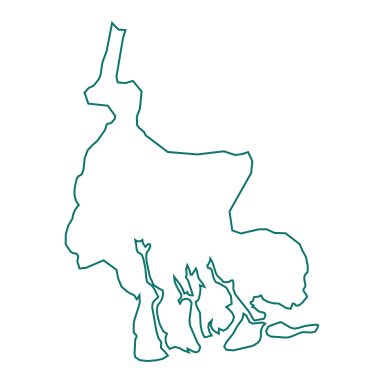 map outline of Rivers (Natural Earth projection)
{"feature_id": "NGA-2844", "entity_name": "Rivers", "entity_type": "State", "adm_level": 1, "iso_a3": "NGA", "parent_name": "Nigeria", "parent_adm1": "", "projection": "natural_earth1", "projection_center": [6.981, 5.031], "detail": "fine", "context": "isolated", "style": "outline", "palette": "teal", "viewbox_px": 384, "rotation_deg": 0, "n_neighbors": 0, "source": "natural_earth", "source_scale": "10m", "svg_char_len": 4545}
<svg xmlns="http://www.w3.org/2000/svg" viewBox="0 0 384 384"><path d="M307.6,272.2L306.4,273.2L304.8,275.3L304.2,277.7L304.6,281.3L305.3,284.0L305.3,286.5L303.5,289.4L303.5,290.9L306.4,294.9L307.1,297.0L306.4,297.6L302.9,302.1L300.9,303.9L298.5,305.5L296.1,305.7L294.1,303.6L292.6,303.6L290.8,308.7L286.3,308.1L278.9,303.6L273.7,303.3L268.2,302.0L263.5,299.5L260.9,295.3L259.6,296.2L258.2,296.7L254.3,297.0L253.7,297.7L253.4,299.4L252.7,301.2L250.7,302.1L250.7,303.6L252.1,304.6L253.6,305.4L252.3,307.0L255.0,308.1L258.6,311.4L264.3,312.8L265.4,314.5L265.1,316.6L263.8,318.8L254.4,320.5L253.3,319.2L248.6,311.2L235.3,294.4L233.4,289.4L233.4,282.7L232.8,280.4L231.5,280.4L228.5,282.1L223.9,282.1L223.2,281.8L221.4,279.6L217.6,276.0L216.0,273.5L212.5,262.4L210.3,258.6L210.0,261.0L208.9,263.4L207.8,265.0L207.3,265.3L207.9,267.8L209.0,268.2L210.4,268.4L211.7,270.1L213.8,278.6L215.8,282.1L219.6,283.6L226.2,287.5L230.9,295.8L231.7,303.8L226.2,307.0L228.9,309.2L232.1,312.7L234.0,317.0L232.7,321.3L226.9,328.8L223.3,330.7L218.9,328.6L218.8,332.4L218.9,333.6L215.0,331.6L212.1,328.9L210.8,325.2L211.7,320.5L208.9,323.4L208.3,327.4L209.5,331.8L211.7,335.5L206.0,337.1L204.4,337.1L201.8,331.4L200.6,325.3L200.0,312.9L196.6,306.2L195.6,302.1L198.0,300.3L198.9,298.3L200.0,293.8L200.5,288.7L200.0,285.3L201.1,285.9L203.1,286.3L204.4,286.8L203.0,284.1L198.8,278.6L197.9,275.9L196.8,270.7L195.9,268.5L191.9,274.8L190.6,274.7L189.7,270.7L187.3,265.3L186.2,269.0L186.7,274.8L185.8,276.8L188.2,280.8L192.9,295.3L190.7,295.3L189.2,295.0L188.1,294.1L187.3,292.0L186.4,292.6L184.4,293.6L182.5,288.9L180.3,284.8L174.2,276.8L174.6,280.9L175.6,284.1L178.6,290.1L180.3,292.7L181.1,294.2L181.5,296.1L180.7,298.2L179.2,299.4L178.5,300.8L180.0,303.6L182.2,299.9L186.1,298.7L189.8,299.8L191.6,302.9L189.5,319.7L190.0,325.4L197.4,342.6L200.1,346.5L199.8,348.9L198.6,351.2L196.5,352.3L193.8,351.8L191.5,350.7L187.6,348.6L187.7,349.7L188.0,350.8L188.7,352.3L184.0,350.6L179.4,348.1L174.7,346.9L169.8,348.9L167.4,346.1L165.8,342.2L165.5,337.9L167.0,333.6L163.4,331.5L160.1,325.1L157.8,317.4L156.9,311.2L157.3,306.8L158.3,304.4L159.8,302.7L161.3,300.3L162.3,297.8L163.2,293.9L162.6,290.3L159.1,288.6L153.7,285.1L149.9,276.9L146.7,261.8L146.1,255.8L146.8,252.7L149.0,249.3L150.4,246.4L149.9,244.3L148.0,244.1L145.4,246.8L143.4,244.0L142.7,242.3L142.4,240.0L140.6,241.1L138.8,241.4L137.0,241.1L135.2,240.0L136.1,244.1L136.5,248.5L137.6,252.0L140.2,253.5L142.1,255.3L143.6,259.7L145.4,268.5L146.2,277.6L147.1,281.8L149.0,283.6L151.6,285.3L154.4,289.1L158.3,297.0L153.6,301.6L152.6,303.6L152.2,307.1L156.4,331.1L158.5,338.3L161.3,342.1L160.9,347.8L165.2,352.1L167.9,355.6L162.7,358.9L156.1,360.3L147.6,361.0L139.8,360.2L135.2,357.1L134.5,353.6L135.3,339.2L136.4,337.4L136.6,336.3L136.2,335.0L134.2,333.1L133.7,332.1L133.7,323.6L134.5,319.7L139.2,305.1L139.7,302.5L139.5,295.3L136.7,299.3L134.4,295.5L127.5,291.9L121.5,286.6L118.2,278.6L116.5,269.8L103.5,260.3L86.1,267.8L79.5,268.5L77.3,261.1L78.3,256.5L76.6,253.6L73.4,253.3L70.5,251.6L65.7,244.2L65.8,234.2L68.1,225.9L72.4,218.6L73.0,214.9L75.1,209.7L78.8,205.0L77.1,202.8L75.9,200.3L75.1,197.7L74.5,195.0L74.5,190.0L75.5,183.9L76.8,178.7L78.1,176.5L81.9,174.3L83.6,169.1L84.7,158.0L87.7,150.2L92.3,145.3L97.4,140.8L104.5,130.7L105.7,128.1L106.3,125.5L107.2,124.0L111.1,123.0L112.1,122.2L112.4,121.4L114.4,119.4L115.1,118.0L115.1,116.3L114.6,115.1L113.9,114.1L107.8,105.7L88.3,103.6L84.7,93.0L84.5,92.5L85.7,91.5L87.8,88.9L89.0,87.8L92.8,86.1L94.0,85.2L98.1,80.1L99.7,77.3L100.7,74.1L101.7,67.4L102.4,62.5L106.6,51.2L112.1,23.0L118.4,29.5L125.4,30.1L122.9,38.6L116.4,77.0L117.7,82.4L125.3,83.1L132.9,80.9L141.6,91.4L139.9,108.8L136.8,116.7L137.1,125.1L139.0,127.8L144.1,132.1L145.6,135.3L167.8,152.0L197.5,154.4L224.0,151.3L235.1,155.0L241.9,154.1L248.1,152.1L252.3,161.0L251.2,172.9L229.5,211.5L232.3,230.4L240.9,233.5L258.2,229.4L266.4,229.2L274.4,232.9L285.6,233.3L299.7,244.2L302.3,250.3L306.0,257.1L307.8,266.3L307.6,272.2ZM252.9,323.6L262.5,322.5L265.2,323.6L262.7,326.3L261.4,329.2L260.9,332.5L260.9,336.3L260.0,340.1L258.0,342.5L255.2,344.5L252.2,346.0L233.4,350.4L226.3,349.7L224.2,346.8L226.3,342.2L233.0,333.9L237.7,325.4L241.8,320.0L242.7,317.7L243.5,313.6L246.4,315.7L249.6,322.2L252.9,323.6ZM309.2,325.4L316.1,324.6L318.3,325.4L317.1,328.6L315.3,331.5L311.6,332.5L303.5,332.1L300.3,332.8L289.8,337.1L286.1,337.6L270.6,336.5L267.4,334.6L266.1,331.4L268.1,327.0L270.2,325.7L280.4,322.1L282.9,323.1L290.4,327.6L294.1,328.6L297.9,328.1L305.5,325.9L309.2,325.4Z" fill="none" stroke="#0f766e" stroke-width="2"/></svg>